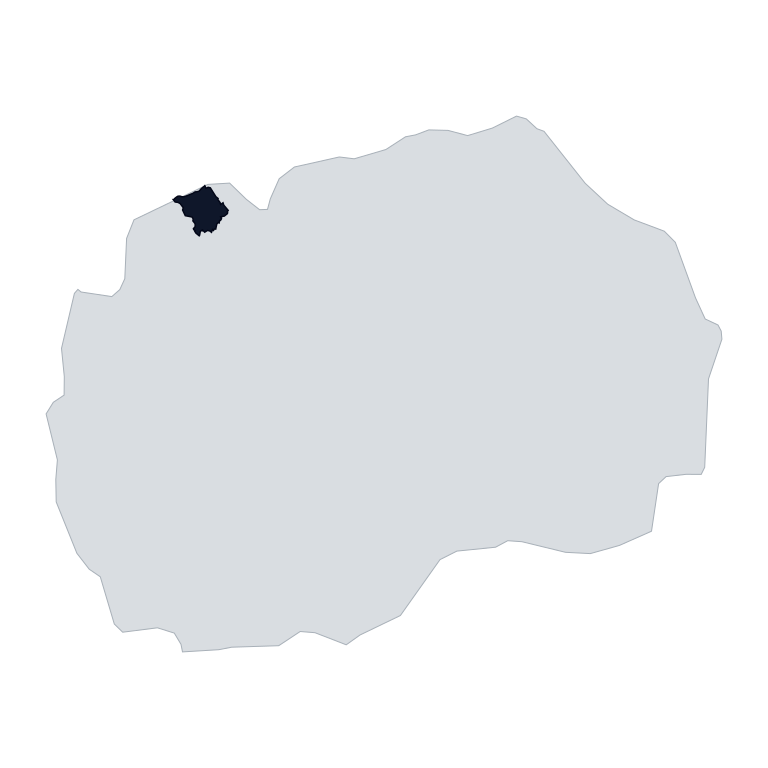 Teartse, Tearce, North Macedonia shown in context
{"feature_id": "65306769B20870628535314", "entity_name": "Teartse", "entity_type": "district", "adm_level": 2, "iso_a3": "MKD", "parent_name": "North Macedonia", "parent_adm1": "Tearce", "projection": "albers", "projection_center": [21.037, 42.097], "detail": "fine", "context": "in_parent", "style": "filled", "palette": "ink", "viewbox_px": 768, "rotation_deg": 0, "n_neighbors": 0, "source": "geoboundaries", "source_scale": "gbopen_adm2", "svg_char_len": 2137}
<svg xmlns="http://www.w3.org/2000/svg" viewBox="0 0 768 768"><path d="M339.6,157.0L354.2,158.8L385.9,149.5L405.5,136.8L415.5,134.9L428.8,129.9L448.0,130.4L467.6,135.6L492.3,128.1L516.5,116.1L526.3,118.9L536.9,128.7L544.0,131.3L585.2,183.3L607.7,204.2L634.2,219.9L664.3,231.2L675.3,242.3L695.5,297.9L705.2,319.0L718.0,325.0L721.2,331.1L721.9,339.2L708.5,378.9L704.7,467.3L701.2,474.4L686.1,474.3L666.1,476.6L658.6,483.6L651.5,531.2L619.5,545.4L590.3,553.6L565.5,552.3L521.9,541.7L507.7,540.7L495.6,547.2L456.9,551.1L440.0,559.6L400.4,615.5L360.0,635.0L346.2,644.8L315.0,632.7L300.2,631.5L278.7,645.7L231.6,647.2L218.8,649.7L182.5,651.9L181.0,644.3L174.3,633.1L157.4,627.8L122.7,632.2L114.3,624.0L100.3,576.8L89.2,569.2L76.9,553.3L56.2,501.9L55.8,479.5L57.4,459.9L46.1,413.9L53.3,402.3L64.1,395.1L64.3,376.6L61.5,348.4L74.4,293.4L77.9,289.4L81.1,292.0L111.8,296.6L119.8,289.6L124.8,278.7L126.6,238.4L134.0,219.8L207.9,184.4L229.6,183.1L246.3,199.3L259.6,209.7L267.5,209.4L270.3,198.9L279.2,178.7L294.4,167.0L339.2,157.0L339.6,157.0Z" fill="#d9dde1" stroke="#a8b0b8" stroke-width="1"/><path d="M227.6,212.1L227.4,211.4L228.2,210.4L223.8,205.2L223.0,202.8L220.6,204.5L220.1,202.6L217.7,199.3L218.1,198.5L215.9,196.7L210.3,187.8L208.1,187.3L206.0,188.3L204.8,185.7L204.0,186.5L203.2,187.1L202.1,188.0L201.1,188.9L199.5,190.7L199.3,191.0L198.7,191.3L197.0,191.7L196.6,191.8L195.1,191.9L194.0,192.6L193.0,193.3L192.1,193.7L190.9,194.1L188.3,195.2L187.1,195.7L184.2,196.7L183.5,196.8L181.8,196.7L180.3,196.2L179.6,196.1L177.9,196.2L176.6,197.0L174.8,198.4L173.7,199.6L173.3,199.6L175.1,202.0L178.0,202.4L180.2,203.6L183.3,207.8L182.6,210.0L185.3,215.7L192.0,217.0L193.2,218.9L192.9,220.9L195.1,223.7L195.2,226.6L193.4,228.7L193.8,229.7L195.2,230.8L194.8,231.3L195.9,233.1L199.2,235.8L199.6,235.2L200.3,231.4L202.0,230.2L202.3,230.7L202.8,230.2L204.7,232.2L207.3,230.5L209.5,230.8L211.5,232.3L212.5,229.5L213.5,230.4L214.4,228.9L215.7,229.1L216.8,224.0L218.0,222.6L219.1,223.0L219.6,220.5L220.5,220.4L221.5,218.7L220.8,217.7L221.8,216.9L221.3,216.6L224.3,216.1L227.4,213.6L227.6,212.1Z" fill="#0f172a" stroke="#020617" stroke-width="1.5"/></svg>